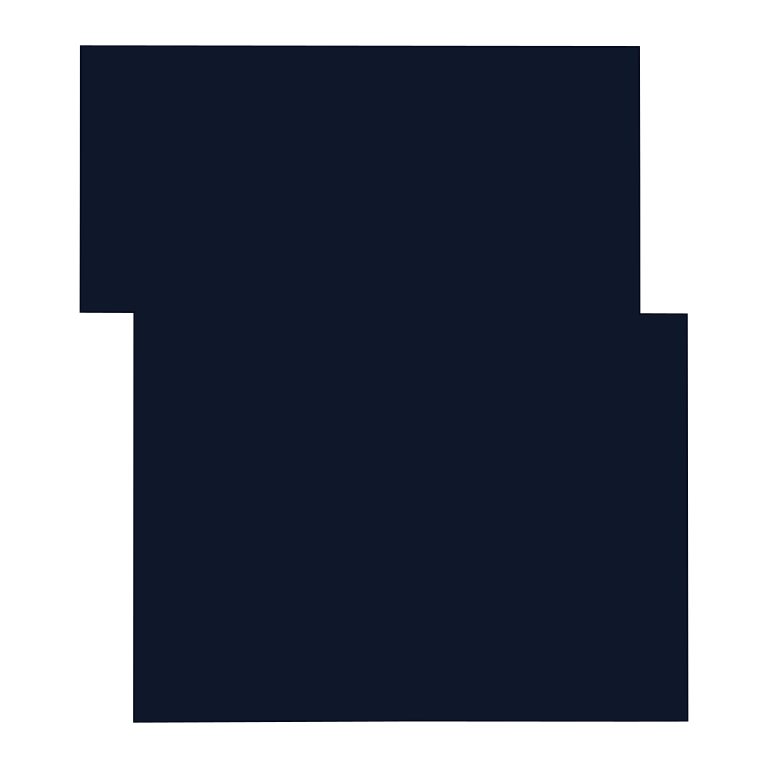 outline of Webster, Iowa, United States of America
{"feature_id": "52423323B53229348544328", "entity_name": "Webster", "entity_type": "district", "adm_level": 2, "iso_a3": "USA", "parent_name": "United States of America", "parent_adm1": "Iowa", "projection": "equal_earth", "projection_center": [-94.17, 42.427], "detail": "fine", "context": "isolated", "style": "filled", "palette": "ink", "viewbox_px": 768, "rotation_deg": 0, "n_neighbors": 0, "source": "geoboundaries", "source_scale": "gbopen_adm2", "svg_char_len": 283}
<svg xmlns="http://www.w3.org/2000/svg" viewBox="0 0 768 768"><path d="M410.6,720.7L630.3,720.9L687.6,720.8L687.0,314.2L639.6,314.0L639.5,180.8L639.2,46.8L80.7,46.1L80.6,179.7L80.4,312.0L134.2,312.2L133.9,721.9L410.6,720.7Z" fill="#0f172a" stroke="#020617" stroke-width="1.5"/></svg>